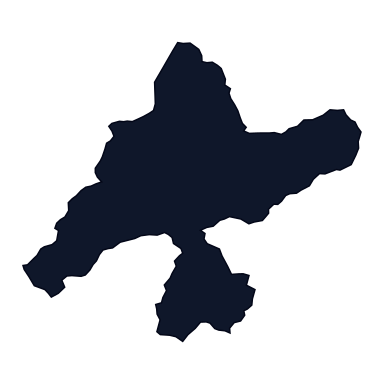 outline of São Bento do Sapucaí, São Paulo, Brazil, rotated 180°
{"feature_id": "56859067B581807535361", "entity_name": "São Bento do Sapucaí", "entity_type": "district", "adm_level": 2, "iso_a3": "BRA", "parent_name": "Brazil", "parent_adm1": "São Paulo", "projection": "mercator", "projection_center": [-45.684, -22.68], "detail": "fine", "context": "isolated", "style": "filled", "palette": "ink", "viewbox_px": 384, "rotation_deg": 180, "n_neighbors": 0, "source": "geoboundaries", "source_scale": "gbopen_adm2", "svg_char_len": 2491}
<svg xmlns="http://www.w3.org/2000/svg" viewBox="0 0 384 384"><g transform="rotate(180 192 192)"><path d="M201.3,42.6L196.1,49.3L188.8,55.6L183.5,61.9L177.8,62.1L174.0,60.9L169.2,55.4L165.2,53.9L159.0,53.2L154.0,51.0L154.4,55.8L149.8,61.4L143.4,63.0L139.3,68.8L140.2,73.2L136.6,75.0L132.2,78.9L131.6,85.1L129.0,94.4L137.6,98.8L135.0,108.5L140.8,110.2L145.2,110.1L152.5,109.6L156.2,117.3L162.0,128.1L164.6,135.0L176.8,140.3L180.0,145.0L179.0,150.5L183.6,153.7L177.2,156.6L170.8,157.8L164.2,163.7L159.6,165.0L154.6,167.4L143.2,165.0L135.1,160.2L129.8,162.0L121.6,163.5L118.4,167.2L115.4,170.8L115.5,174.8L110.2,179.8L106.2,179.6L102.5,182.8L98.3,188.5L94.2,190.3L87.5,190.8L82.9,193.9L74.6,198.2L70.7,204.7L64.5,210.4L59.0,210.1L47.6,214.5L44.0,213.9L32.8,219.4L28.2,228.8L25.4,235.8L25.8,242.5L24.4,247.1L23.0,252.0L26.4,256.7L29.0,262.0L33.3,264.0L38.0,269.2L40.4,274.2L46.6,273.6L54.0,274.2L60.8,268.8L71.4,264.2L80.1,264.0L86.5,257.7L94.9,255.3L98.1,252.1L102.6,249.6L109.7,251.4L114.5,251.0L121.8,251.0L126.8,250.9L134.7,250.6L140.4,253.1L137.8,256.7L141.6,260.6L143.8,266.2L146.2,273.3L149.4,279.3L153.2,285.3L155.0,290.8L153.6,295.3L159.2,299.0L158.6,304.8L162.8,315.5L166.6,318.7L171.7,321.8L177.1,321.3L182.0,322.4L182.3,328.3L185.2,334.6L189.3,337.6L193.9,340.9L200.9,340.5L206.3,341.4L211.3,333.1L221.9,314.7L229.4,301.8L228.9,287.1L228.7,280.1L230.5,273.5L234.7,270.7L240.5,267.5L245.6,265.1L251.6,262.4L256.8,262.9L260.4,262.3L264.6,262.7L272.1,260.6L275.2,257.7L272.0,252.9L270.0,247.7L273.6,243.1L277.4,240.8L279.1,234.7L281.7,227.1L283.7,223.0L288.7,215.8L288.7,211.4L286.6,206.9L282.3,202.1L288.1,200.1L292.9,197.9L298.2,196.8L302.9,193.4L307.7,188.2L311.7,185.3L315.7,181.3L315.3,173.4L319.1,167.0L323.6,164.3L327.3,160.8L329.1,155.7L325.5,153.5L327.3,143.3L331.9,139.4L339.7,137.2L343.2,135.0L347.0,128.5L350.0,125.7L356.5,119.2L361.0,118.5L359.8,114.5L355.1,107.4L349.7,98.3L339.1,94.4L335.7,90.8L332.7,86.9L325.7,90.7L319.3,96.8L322.2,103.8L317.1,108.0L312.1,108.4L302.9,107.7L298.7,109.0L294.1,114.0L290.9,119.5L287.6,123.1L284.6,129.4L281.0,134.0L276.0,135.4L271.4,136.1L263.8,141.8L249.2,145.5L243.2,148.3L234.7,149.4L226.8,148.9L219.4,151.5L215.7,149.6L211.9,146.5L210.5,140.5L203.0,135.5L201.3,130.7L204.5,128.3L209.5,122.9L207.7,117.8L211.9,110.5L213.9,105.8L219.7,99.0L217.5,93.4L221.1,86.5L222.5,81.2L228.3,79.5L227.3,75.1L226.9,69.9L223.9,64.2L227.1,52.3L223.7,49.4L214.4,48.8L208.1,47.3L201.3,42.6Z" fill="#0f172a" stroke="#020617" stroke-width="1.5"/></g></svg>